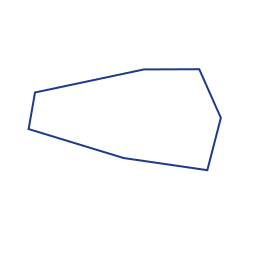 SVG path tracing the border of Salt Cay, rotated 64°
{"feature_id": "TCA-5008", "entity_name": "Salt Cay", "entity_type": "state/province", "adm_level": 1, "iso_a3": "TCA", "parent_name": "Turks and Caicos Islands", "parent_adm1": "", "projection": "orthographic", "projection_center": [-71.208, 21.326], "detail": "fine", "context": "isolated", "style": "outline", "palette": "blue", "viewbox_px": 256, "rotation_deg": 64, "n_neighbors": 0, "source": "natural_earth", "source_scale": "10m", "svg_char_len": 253}
<svg xmlns="http://www.w3.org/2000/svg" viewBox="0 0 256 256"><g transform="rotate(64 128 128)"><path d="M106.4,38.2L159.6,40.1L200.7,75.2L153.1,145.1L85.4,217.8L55.3,196.0L82.3,88.1L106.4,38.2Z" fill="none" stroke="#1e3a8a" stroke-width="2"/></g></svg>